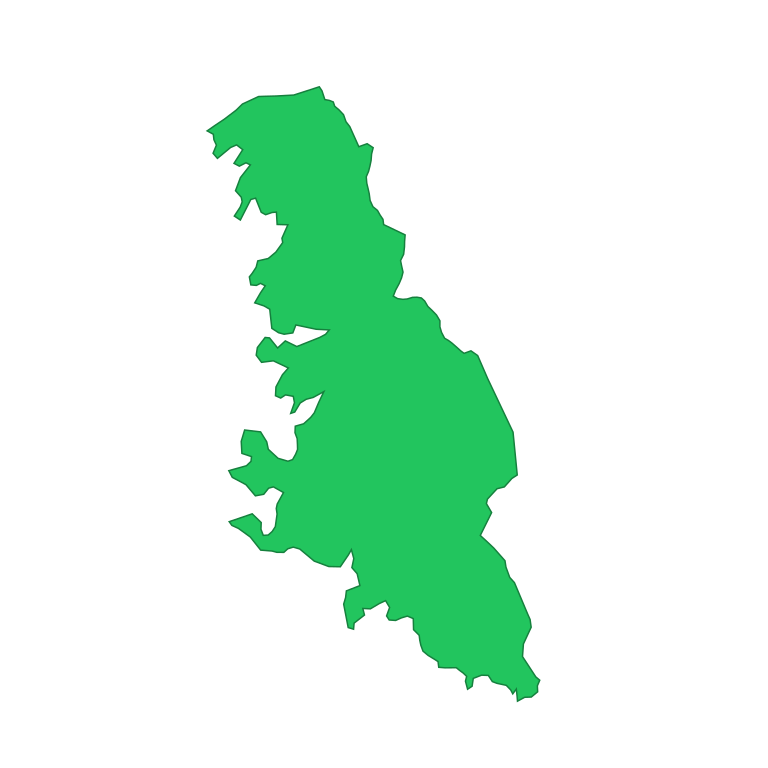 São Nicolau, Rio Grande do Sul, Brazil (Robinson projection), rotated 23°
{"feature_id": "56859067B99796327021212", "entity_name": "São Nicolau", "entity_type": "district", "adm_level": 2, "iso_a3": "BRA", "parent_name": "Brazil", "parent_adm1": "Rio Grande do Sul", "projection": "robinson", "projection_center": [-55.266, -28.189], "detail": "fine", "context": "isolated", "style": "filled", "palette": "green", "viewbox_px": 768, "rotation_deg": 23, "n_neighbors": 0, "source": "geoboundaries", "source_scale": "gbopen_adm2", "svg_char_len": 3518}
<svg xmlns="http://www.w3.org/2000/svg" viewBox="0 0 768 768"><g transform="rotate(23 384 384)"><path d="M521.6,377.9L477.3,338.5L459.1,321.2L451.1,319.5L445.7,324.5L441.6,323.5L436.4,321.7L430.6,319.8L426.6,318.8L421.9,318.2L416.8,314.0L413.1,309.5L410.8,304.0L405.4,300.0L399.5,297.5L394.1,295.5L389.0,291.7L384.8,290.2L380.5,291.2L376.4,293.1L372.1,296.7L368.3,298.7L363.2,300.1L358.2,299.5L358.0,293.1L358.7,285.7L358.7,279.5L357.8,273.6L354.0,268.3L351.0,263.9L351.4,256.9L349.3,249.8L347.3,244.8L345.2,238.5L321.4,237.4L318.7,232.8L314.5,230.1L310.2,226.8L304.5,225.1L299.5,220.5L296.1,214.7L293.1,210.5L289.7,205.9L286.7,200.2L286.7,194.2L285.9,189.0L284.8,183.4L282.7,177.1L281.7,170.7L274.6,169.4L268.1,175.4L251.9,160.4L246.5,157.4L241.5,151.9L235.6,149.3L230.1,147.6L227.1,144.2L222.9,144.3L218.4,145.3L212.4,138.4L208.3,135.7L193.1,148.9L188.0,153.3L172.1,161.1L160.9,166.2L156.2,168.4L144.3,181.6L140.9,189.7L133.5,202.7L127.6,211.7L122.3,220.1L129.3,220.8L132.0,225.6L136.4,229.6L136.5,238.4L142.5,241.4L150.4,226.2L154.9,221.5L162.4,223.5L159.7,239.5L165.7,240.0L170.5,234.3L175.4,234.5L171.2,250.1L171.8,264.1L179.6,267.8L182.3,271.8L182.5,277.4L180.6,287.9L187.7,289.2L189.3,266.2L193.2,263.1L203.9,273.9L208.9,274.4L213.9,269.9L217.8,267.8L223.3,278.9L233.3,275.0L233.1,289.7L235.5,293.4L232.9,304.9L228.4,313.7L219.7,320.0L220.7,326.5L219.4,333.7L218.2,338.0L222.7,344.8L228.0,343.1L231.0,339.6L236.3,340.0L234.7,348.3L233.3,359.8L243.0,359.0L249.6,359.8L259.0,376.6L266.9,378.0L272.6,377.2L280.1,372.6L279.8,364.1L300.2,360.1L312.5,355.6L310.8,361.1L306.6,366.3L289.1,383.6L276.3,382.9L272.0,392.4L260.6,386.3L256.4,387.6L253.2,399.9L255.1,407.4L262.8,411.9L273.1,405.9L289.7,406.6L286.9,415.1L285.7,428.9L288.7,437.2L294.4,437.3L297.6,432.5L305.3,430.8L308.9,436.2L309.6,447.5L312.8,444.7L314.3,434.2L318.3,428.5L324.1,424.0L331.6,414.5L331.1,426.3L331.1,437.8L329.6,443.3L325.6,452.0L318.8,457.5L321.1,463.6L325.4,468.2L328.1,473.8L330.0,478.0L330.1,483.1L329.4,489.3L325.8,492.6L315.5,493.8L303.0,489.3L298.7,483.1L289.1,476.3L273.7,480.8L275.0,492.6L280.3,503.4L290.4,502.6L291.8,507.2L289.3,513.0L283.8,517.4L275.0,524.4L280.8,529.2L296.3,530.6L309.3,537.2L316.4,532.5L318.5,525.0L322.4,521.9L333.9,523.2L332.6,536.2L333.5,540.7L336.4,545.5L339.7,557.8L338.7,563.5L336.4,568.3L332.0,570.5L327.5,565.8L325.1,559.5L313.4,555.0L295.3,571.2L299.2,573.6L306.4,573.8L320.7,577.1L335.4,585.1L346.2,581.5L351.2,580.8L357.6,578.1L359.8,573.3L364.2,569.6L370.9,568.8L389.0,574.3L404.5,573.6L415.2,569.3L418.0,555.2L418.7,549.2L424.4,556.5L426.2,565.6L433.4,569.1L440.6,579.0L430.2,589.1L432.1,595.6L432.9,602.4L446.2,622.2L451.8,621.6L449.9,615.8L456.3,604.3L452.2,598.9L459.3,596.3L465.4,588.0L470.1,582.8L476.5,587.5L477.0,596.5L481.0,599.2L487.1,597.1L491.4,592.5L496.2,588.5L502.6,588.5L507.2,598.6L514.6,601.6L517.0,605.8L520.0,610.1L524.3,614.7L530.7,616.6L537.5,617.6L542.2,618.4L545.1,623.4L551.1,621.4L561.4,616.9L565.5,618.1L569.8,619.1L574.3,620.8L575.1,625.7L580.2,632.3L583.2,627.8L581.2,620.1L587.6,613.9L593.9,611.5L600.0,615.6L604.9,615.4L614.3,613.6L620.2,616.1L623.6,618.9L625.0,613.1L628.4,619.2L630.8,623.8L635.9,617.4L641.9,614.6L645.7,607.3L643.1,601.9L643.1,595.8L638.2,594.3L618.0,580.8L613.9,568.8L614.5,550.4L610.5,543.7L606.2,539.7L581.7,515.9L575.3,512.9L567.8,504.9L564.4,499.4L549.1,492.1L539.7,488.6L531.8,485.8L533.3,460.3L525.0,454.1L524.2,449.5L529.0,436.2L535.0,431.7L538.6,421.0L542.2,415.7L521.6,377.9Z" fill="#22c55e" stroke="#15803d" stroke-width="1.5"/></g></svg>